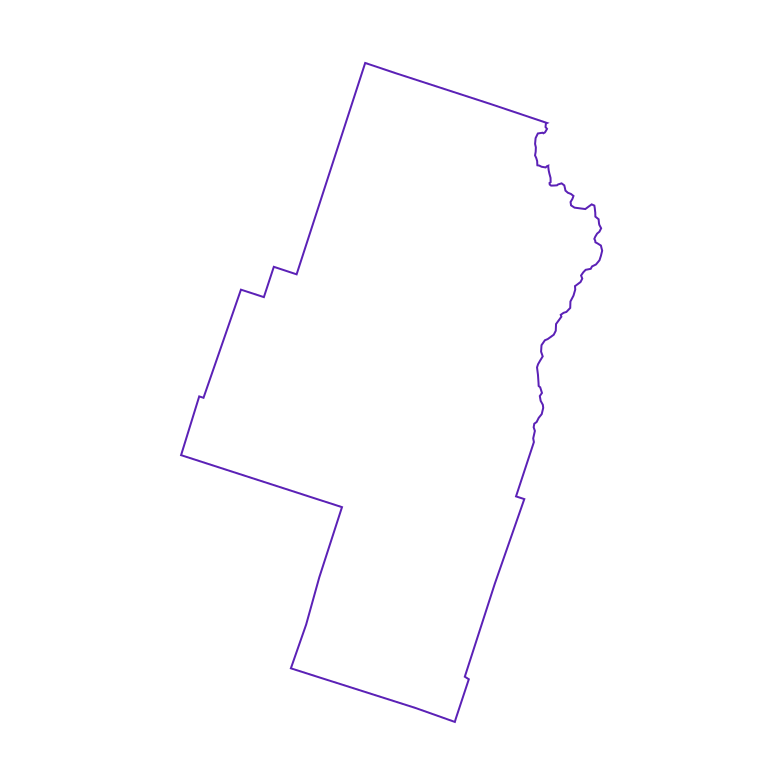 outline of Routt, Colorado, United States of America, rotated 18°
{"feature_id": "52423323B89811146256412", "entity_name": "Routt", "entity_type": "district", "adm_level": 2, "iso_a3": "USA", "parent_name": "United States of America", "parent_adm1": "Colorado", "projection": "albers", "projection_center": [-106.78, 40.461], "detail": "fine", "context": "isolated", "style": "outline", "palette": "violet", "viewbox_px": 768, "rotation_deg": 18, "n_neighbors": 0, "source": "geoboundaries", "source_scale": "gbopen_adm2", "svg_char_len": 1772}
<svg xmlns="http://www.w3.org/2000/svg" viewBox="0 0 768 768"><g transform="rotate(18 384 384)"><path d="M458.4,85.4L399.0,84.8L298.8,84.8L266.9,84.5L267.0,306.7L243.0,306.6L242.9,338.5L218.8,338.5L216.6,452.9L212.1,452.9L213.0,514.4L382.1,514.1L382.2,588.0L384.3,636.9L383.3,683.2L514.0,682.4L555.8,683.5L555.7,680.1L555.9,638.6L551.3,637.4L551.1,539.8L553.0,450.1L544.3,450.1L544.5,392.9L542.7,389.6L542.0,382.0L539.7,378.9L539.2,375.3L540.9,373.0L541.6,368.4L543.3,363.9L542.8,357.5L541.5,354.7L538.2,351.6L535.9,347.3L537.0,343.7L533.6,338.9L531.7,338.1L530.7,335.4L527.6,327.7L524.4,320.9L524.4,317.6L525.2,313.8L526.4,308.7L523.4,304.7L521.8,298.4L523.5,292.7L525.8,290.7L530.2,284.7L530.9,280.3L529.1,273.8L531.9,265.2L530.7,263.6L532.8,260.8L535.2,259.1L537.6,254.1L535.8,247.9L536.9,241.4L536.7,235.1L535.4,231.9L539.4,226.3L540.0,222.5L537.9,219.9L539.0,216.2L540.5,213.1L545.0,210.6L545.5,207.9L548.7,204.8L550.7,199.7L550.7,195.1L550.3,189.8L547.5,185.3L543.6,184.3L541.3,183.9L540.5,182.3L539.2,181.0L539.4,178.6L540.2,175.1L541.8,172.6L542.4,168.8L539.6,166.1L538.8,164.7L537.2,161.0L533.3,159.5L532.0,155.8L530.0,151.4L528.9,149.3L526.0,149.0L524.1,151.6L521.4,155.4L510.7,157.4L506.7,156.3L505.2,153.3L506.0,149.7L506.1,146.6L503.1,145.5L499.8,145.3L496.8,144.0L495.9,142.4L494.1,139.4L490.9,138.3L487.9,140.4L487.1,141.6L484.6,142.6L481.6,143.7L480.0,143.1L479.3,141.7L480.1,140.5L478.7,136.5L476.1,132.5L474.7,130.1L473.0,126.5L472.8,125.6L471.7,126.5L470.8,128.1L466.7,128.7L464.2,128.3L462.3,128.6L461.9,127.7L460.8,124.7L459.0,122.1L457.0,119.9L456.5,116.3L455.3,112.0L453.5,109.0L452.2,103.3L452.9,98.2L457.2,96.0L458.1,96.3L459.3,95.0L459.7,93.5L460.2,91.0L458.2,89.7L457.5,86.3L458.4,85.4Z" fill="none" stroke="#5b21b6" stroke-width="2"/></g></svg>